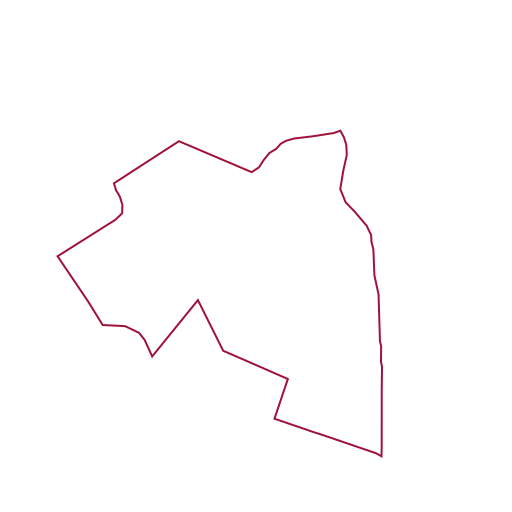 Porto Rico, Paraná, Brazil, rotated 110°
{"feature_id": "56859067B33862297180753", "entity_name": "Porto Rico", "entity_type": "district", "adm_level": 2, "iso_a3": "BRA", "parent_name": "Brazil", "parent_adm1": "Paraná", "projection": "mercator", "projection_center": [-53.319, -22.834], "detail": "fine", "context": "isolated", "style": "outline", "palette": "rose", "viewbox_px": 512, "rotation_deg": 110, "n_neighbors": 0, "source": "geoboundaries", "source_scale": "gbopen_adm2", "svg_char_len": 856}
<svg xmlns="http://www.w3.org/2000/svg" viewBox="0 0 512 512"><g transform="rotate(110 256 256)"><path d="M373.3,376.5L366.7,355.1L368.2,339.7L372.8,332.1L380.3,324.7L385.9,319.2L317.3,295.5L356.3,254.4L357.5,234.2L358.5,218.7L360.7,184.0L402.6,183.0L401.8,142.3L401.3,127.7L401.0,111.3L400.7,95.4L400.3,75.4L401.3,69.6L393.2,72.3L338.7,92.1L317.0,99.7L312.8,102.3L297.9,107.6L293.6,110.4L250.2,127.7L233.7,138.1L209.6,148.0L203.3,152.3L196.9,155.0L189.7,162.4L180.5,178.6L174.9,190.1L164.3,199.7L145.7,203.2L130.2,205.2L120.8,209.1L114.5,213.9L109.4,219.6L114.0,225.2L124.1,243.6L132.6,260.4L137.4,267.1L142.0,271.1L148.4,273.7L154.7,278.7L163.3,281.6L171.6,283.5L178.7,288.8L174.5,367.7L236.3,414.4L242.1,410.0L246.7,404.3L253.7,399.0L261.7,396.4L270.0,400.5L324.1,442.4L356.6,397.6L373.3,376.5Z" fill="none" stroke="#9f1239" stroke-width="2"/></g></svg>